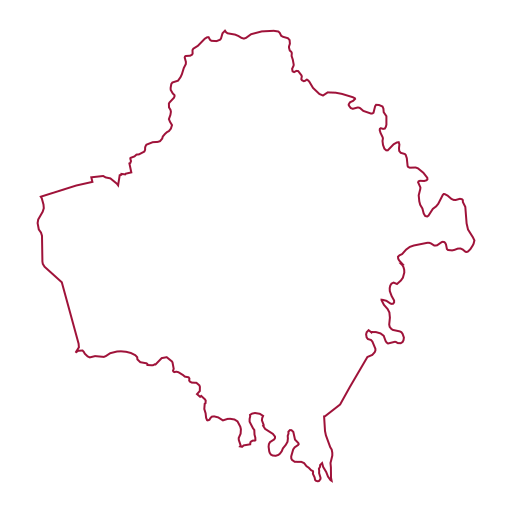 the district of Ryde, New South Wales, Australia
{"feature_id": "25037944B17324059091414", "entity_name": "Ryde", "entity_type": "district", "adm_level": 2, "iso_a3": "AUS", "parent_name": "Australia", "parent_adm1": "New South Wales", "projection": "mercator", "projection_center": [151.114, -33.801], "detail": "fine", "context": "isolated", "style": "outline", "palette": "rose", "viewbox_px": 512, "rotation_deg": 0, "n_neighbors": 0, "source": "geoboundaries", "source_scale": "gbopen_adm2", "svg_char_len": 6017}
<svg xmlns="http://www.w3.org/2000/svg" viewBox="0 0 512 512"><path d="M190.2,55.7L185.8,56.0L185.0,56.5L184.7,57.6L185.9,61.9L185.8,64.1L183.8,68.0L181.9,74.2L180.5,77.2L178.0,80.7L172.4,82.5L171.3,84.0L170.6,88.0L170.7,89.9L172.8,93.5L174.4,95.0L174.6,96.0L174.0,97.7L169.5,102.5L168.9,103.6L169.0,107.4L170.5,109.9L170.9,111.8L170.4,114.9L168.9,119.1L170.0,121.8L172.0,125.1L170.9,128.6L168.9,131.1L167.0,132.1L165.0,133.9L162.8,136.5L162.2,138.6L160.0,141.2L157.7,141.9L152.7,142.2L146.4,144.7L145.4,146.5L145.1,147.8L145.1,149.8L144.3,151.6L138.9,154.4L136.5,154.6L134.5,156.4L130.5,157.9L130.3,158.7L131.0,161.1L130.3,163.0L129.4,163.4L131.3,172.4L125.7,173.7L125.2,174.4L121.4,173.9L121.3,174.8L119.7,175.2L118.1,185.3L116.9,183.7L110.4,178.4L105.6,177.4L103.2,176.0L91.3,177.3L92.4,181.9L76.3,185.5L40.8,196.7L41.8,198.4L43.5,204.6L43.8,208.2L42.7,211.7L38.2,219.5L37.6,223.1L38.8,229.5L41.0,232.6L42.0,235.8L42.4,261.5L42.8,263.9L44.6,266.8L61.8,282.3L78.6,343.7L78.9,347.3L75.6,352.6L78.1,350.8L82.5,350.5L83.8,351.9L84.8,353.7L87.6,356.4L89.8,357.4L95.1,356.1L103.8,356.9L105.8,356.1L110.2,353.2L117.0,351.5L120.9,351.3L126.2,351.8L130.9,353.0L135.3,355.2L137.2,357.2L137.4,359.4L140.3,362.2L146.5,363.3L147.3,363.9L147.4,365.0L152.1,365.3L153.4,365.1L154.7,364.3L155.5,364.5L161.7,358.1L166.7,357.2L171.9,361.4L172.5,362.4L173.7,368.8L173.0,370.8L173.6,371.7L174.3,372.1L176.3,371.7L178.4,372.2L183.1,375.1L184.8,376.6L188.6,377.3L189.4,378.5L189.2,380.6L190.0,381.7L191.8,382.6L196.4,382.8L199.4,385.4L199.9,386.9L199.8,391.0L197.0,394.1L200.1,396.8L201.2,395.9L205.0,399.4L205.7,400.6L205.5,403.2L204.7,403.8L204.3,409.0L205.6,413.3L206.1,417.8L207.1,420.2L207.7,420.4L209.4,419.8L210.7,417.7L212.0,416.6L214.2,416.4L218.2,417.4L222.9,420.4L227.6,418.9L230.2,418.8L234.5,419.5L237.5,421.4L240.3,426.7L240.9,429.3L240.6,433.7L238.7,438.0L238.8,440.0L240.7,445.6L240.1,446.4L242.1,446.8L243.7,445.4L250.2,444.3L250.4,442.3L251.1,441.5L252.8,440.6L254.9,440.6L255.4,440.2L255.3,437.6L254.5,434.6L254.3,430.0L253.0,428.3L249.6,421.7L249.6,418.9L250.2,416.3L250.0,414.9L252.1,413.6L255.0,413.0L259.8,413.8L263.1,415.9L262.2,418.0L261.9,420.3L263.7,425.1L263.1,425.7L265.1,428.9L272.9,433.9L275.0,436.6L275.0,438.0L274.2,439.4L270.0,442.1L268.9,444.1L268.6,446.7L269.2,451.2L269.7,452.8L270.9,454.6L272.7,455.5L275.7,455.8L278.4,454.9L279.9,453.7L281.7,451.3L282.9,448.4L285.8,444.8L287.5,441.8L287.9,438.5L287.7,435.9L288.5,433.6L288.4,431.7L289.9,430.1L291.5,430.2L293.3,431.9L295.0,439.6L298.3,443.0L298.7,444.1L298.1,445.0L294.7,447.3L293.2,449.4L291.2,456.4L291.3,458.5L292.0,459.9L294.7,461.8L301.4,461.9L304.1,463.1L306.5,466.2L308.7,467.7L311.1,470.2L312.9,471.1L313.1,471.9L312.9,473.8L314.6,477.4L315.1,479.9L316.0,480.8L317.9,481.3L319.1,480.9L320.5,478.9L320.5,477.7L319.1,473.1L319.2,470.7L318.9,468.8L320.1,466.7L320.1,465.1L322.1,463.1L323.2,467.0L326.2,472.0L328.0,476.6L330.5,480.1L331.6,480.8L331.0,477.7L330.9,467.5L330.5,463.0L332.3,455.6L332.3,452.8L331.7,449.6L330.2,447.1L325.9,435.3L325.0,431.0L324.1,416.4L325.1,416.2L340.1,404.5L349.9,386.9L367.4,357.0L372.3,354.9L374.7,352.2L375.4,350.5L375.4,348.8L372.4,341.6L371.0,340.0L367.8,339.0L366.6,337.3L366.1,334.3L366.7,332.2L368.6,330.2L371.4,332.4L371.5,332.0L376.0,332.1L380.5,333.4L383.7,335.8L385.6,341.0L386.6,342.5L388.0,343.5L394.8,341.8L395.8,341.9L397.8,343.1L400.7,343.2L402.6,342.0L403.5,340.2L403.9,337.6L402.6,333.9L401.4,332.2L399.8,331.4L392.8,329.9L391.3,328.9L389.7,326.9L389.2,324.5L389.9,317.7L389.4,312.5L387.6,309.0L383.9,304.8L381.5,300.1L381.5,299.7L382.9,299.9L386.4,300.8L390.4,303.5L391.5,303.9L393.1,303.7L394.1,302.4L394.1,300.5L391.6,296.0L389.8,291.1L389.7,288.1L390.3,285.5L391.5,283.6L393.6,282.6L397.0,284.0L400.9,280.5L402.9,277.7L404.3,272.5L404.2,269.8L403.5,267.2L402.5,265.3L401.1,263.9L402.4,264.0L399.1,260.4L398.2,258.7L398.0,256.7L399.5,255.3L402.1,254.1L406.1,249.6L409.8,246.9L413.8,245.5L427.3,242.8L429.2,242.8L430.9,243.4L434.2,245.5L435.7,245.5L437.1,245.3L441.7,242.1L442.8,241.8L444.4,242.1L445.3,243.1L446.0,244.5L446.9,249.0L448.0,250.0L452.1,250.4L454.4,249.9L457.8,248.6L460.5,248.5L462.7,249.5L465.5,251.8L466.7,252.0L468.0,251.5L470.4,249.1L472.7,245.5L473.6,243.7L474.4,240.4L472.9,237.3L468.0,229.5L466.6,223.4L465.3,206.9L462.9,202.1L462.8,200.1L461.9,199.2L459.9,198.8L455.6,200.0L453.6,199.9L451.4,198.9L447.6,195.6L444.7,194.1L443.7,194.0L442.8,194.9L438.2,203.9L436.1,206.4L432.8,208.9L428.5,215.6L427.2,216.5L425.2,216.0L423.7,213.5L422.4,208.5L420.2,204.8L419.3,201.4L418.7,195.3L420.3,188.9L420.4,187.4L418.1,182.3L418.6,181.3L420.0,180.8L424.2,181.0L426.5,180.3L427.4,179.4L427.3,177.8L423.4,172.8L417.9,168.3L415.6,167.5L409.8,167.7L408.2,167.0L407.6,166.0L406.8,158.2L405.7,154.9L404.8,154.0L400.7,152.8L399.2,150.9L399.0,148.1L399.4,144.5L398.7,142.2L396.8,142.5L393.6,144.3L387.8,150.3L386.2,150.3L384.4,148.7L383.0,144.9L382.5,141.0L382.9,138.6L382.7,137.4L380.5,132.8L379.7,130.1L379.9,128.8L380.8,128.2L383.1,128.9L384.8,128.6L385.8,126.9L386.4,124.7L386.4,116.2L383.7,112.2L383.4,108.6L382.5,106.5L379.0,105.0L376.1,104.8L375.1,106.3L373.5,112.7L372.5,113.4L371.1,113.6L363.3,110.9L360.2,108.2L358.9,107.6L357.6,107.5L352.8,108.8L350.7,108.0L348.8,105.4L348.7,104.4L350.0,102.3L353.2,100.8L355.1,98.9L354.9,98.3L352.8,97.2L341.9,93.9L335.6,92.7L327.7,92.4L323.0,95.5L319.4,94.0L313.0,87.9L309.2,81.5L307.4,79.8L306.7,79.6L305.3,80.7L303.8,81.2L301.9,80.2L301.3,79.2L301.8,76.5L301.5,75.4L298.2,71.1L296.4,70.9L294.1,72.1L292.6,71.4L292.1,68.9L293.6,65.6L293.7,64.6L292.8,59.7L291.6,56.0L291.8,53.0L291.2,51.7L289.8,50.6L289.0,47.7L289.0,46.5L289.9,43.7L289.6,40.1L287.9,38.2L283.0,36.8L281.2,35.8L279.7,32.8L278.3,31.5L273.7,30.8L261.8,31.4L251.1,34.2L246.0,37.9L243.9,38.6L241.5,37.9L238.4,36.0L235.1,34.6L227.6,33.3L226.1,32.3L225.0,30.7L222.5,33.3L221.0,38.5L220.1,39.7L216.6,41.1L211.4,40.8L210.0,39.8L208.6,37.2L207.1,37.3L204.8,38.7L197.9,45.8L193.3,48.7L192.5,50.1L192.6,53.6L192.1,54.6L190.2,55.7Z" fill="none" stroke="#9f1239" stroke-width="2"/></svg>